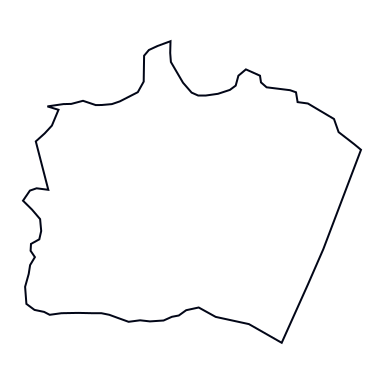 Bom Sucesso, Paraíba, Brazil (Mercator projection)
{"feature_id": "56859067B88877822125825", "entity_name": "Bom Sucesso", "entity_type": "district", "adm_level": 2, "iso_a3": "BRA", "parent_name": "Brazil", "parent_adm1": "Paraíba", "projection": "mercator", "projection_center": [-37.966, -6.47], "detail": "fine", "context": "isolated", "style": "outline", "palette": "ink", "viewbox_px": 384, "rotation_deg": 0, "n_neighbors": 0, "source": "geoboundaries", "source_scale": "gbopen_adm2", "svg_char_len": 1022}
<svg xmlns="http://www.w3.org/2000/svg" viewBox="0 0 384 384"><path d="M23.0,200.7L32.0,209.6L40.1,219.1L41.2,231.0L39.3,239.3L31.0,243.9L30.6,250.8L34.9,257.1L30.1,265.1L28.7,274.0L25.1,286.8L26.4,303.9L34.5,309.9L44.1,311.9L49.7,314.8L61.5,313.2L78.2,312.9L92.5,313.2L101.4,313.2L109.3,314.8L117.5,317.8L128.6,321.8L140.1,320.3L149.9,321.4L163.6,320.5L171.9,316.8L178.8,315.5L186.2,310.2L198.7,307.5L215.7,316.9L248.9,324.1L281.7,342.8L307.9,284.5L323.3,249.2L361.0,149.8L354.1,144.1L338.6,132.1L334.0,119.0L320.0,110.7L307.9,103.5L297.6,102.1L296.0,92.3L290.1,90.2L266.6,87.3L261.0,82.4L260.0,75.7L245.9,69.4L238.4,75.7L235.7,85.6L229.9,89.9L218.0,93.8L206.0,95.5L198.1,95.5L191.6,92.6L183.0,82.7L170.9,62.0L170.2,53.0L170.5,41.2L157.5,46.0L148.9,50.0L144.1,55.7L143.7,81.6L137.8,92.2L119.8,101.4L111.9,104.1L101.8,105.0L95.8,105.1L83.0,100.8L71.3,103.9L63.4,104.1L47.4,106.4L58.5,109.8L51.9,125.6L44.7,133.4L35.8,141.4L48.3,189.8L36.6,188.3L29.9,190.6L23.0,200.7Z" fill="none" stroke="#020617" stroke-width="2"/></svg>